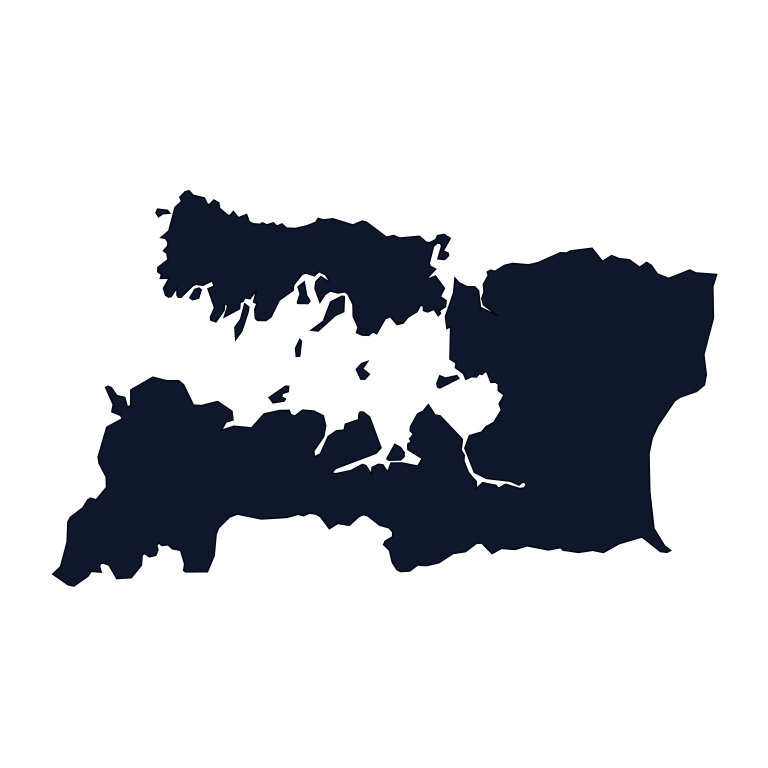 map outline of Los Lagos (Robinson projection), rotated 89°
{"feature_id": "CHL-2704", "entity_name": "Los Lagos", "entity_type": "Region", "adm_level": 1, "iso_a3": "CHL", "parent_name": "Chile", "parent_adm1": "", "projection": "robinson", "projection_center": [-73.115, -42.159], "detail": "fine", "context": "isolated", "style": "filled", "palette": "ink", "viewbox_px": 768, "rotation_deg": 89, "n_neighbors": 0, "source": "natural_earth", "source_scale": "10m", "svg_char_len": 6169}
<svg xmlns="http://www.w3.org/2000/svg" viewBox="0 0 768 768"><g transform="rotate(89 384 384)"><path d="M565.5,353.4L571.4,361.5L571.8,370.7L569.9,374.3L562.3,378.9L550.4,381.4L544.6,387.2L541.1,385.5L536.9,378.0L532.2,377.9L527.9,381.5L525.1,390.8L515.6,402.5L514.2,406.8L516.0,411.3L524.7,421.2L522.6,432.7L527.7,441.2L515.6,449.8L512.7,454.6L511.9,460.9L514.3,466.5L512.8,472.1L515.7,483.4L516.8,509.0L511.5,532.9L514.3,540.7L525.0,551.9L531.4,554.5L552.6,556.8L568.6,563.8L568.4,585.6L566.9,587.6L560.6,586.4L546.7,590.3L545.1,598.4L541.0,602.7L541.6,608.9L538.9,611.9L541.4,614.2L545.9,612.9L551.3,615.2L552.7,621.6L549.4,626.2L550.5,628.8L560.9,629.7L573.2,640.0L573.9,654.6L560.4,662.0L558.1,667.6L558.6,670.5L561.2,671.7L567.2,670.0L566.2,680.1L570.9,683.3L580.6,697.5L579.2,703.4L568.3,718.5L561.1,710.6L536.6,703.6L516.6,702.5L511.8,699.9L502.5,687.2L494.8,682.4L493.0,679.4L494.8,673.8L482.4,663.2L472.0,663.4L458.5,670.2L451.9,671.1L422.3,661.9L414.2,646.1L410.7,648.1L407.0,656.6L399.8,655.1L382.6,662.4L381.3,660.1L382.9,656.6L390.9,651.4L393.0,643.4L402.7,641.0L401.1,637.6L385.5,637.2L373.2,615.0L377.0,601.0L377.1,589.3L381.2,584.4L401.8,574.9L402.4,566.9L398.6,550.6L408.6,536.5L417.3,535.6L419.4,542.8L427.4,547.3L423.6,534.8L425.6,517.2L411.9,504.5L408.7,489.0L408.7,479.3L412.9,477.8L414.6,473.8L408.7,465.9L409.9,454.4L414.7,445.2L424.8,443.0L435.4,445.2L449.8,455.4L455.6,454.8L452.9,448.9L435.6,440.7L430.0,432.5L429.4,424.6L423.5,423.4L419.2,410.0L413.2,409.5L411.5,408.1L411.8,405.1L416.8,398.9L447.8,388.1L453.1,393.2L467.7,434.0L472.0,437.9L472.9,433.8L470.0,418.6L464.1,407.0L465.2,403.6L474.1,397.9L467.2,397.4L464.2,391.1L464.8,386.6L472.2,381.9L463.2,378.4L463.3,367.3L466.7,351.6L459.1,347.1L449.9,361.3L444.5,361.3L442.3,357.5L439.2,359.4L434.6,355.3L431.2,358.6L427.3,358.3L414.4,350.9L411.9,345.5L405.4,340.0L415.8,333.5L416.9,328.3L440.7,306.6L451.6,308.0L456.7,305.0L462.4,305.5L473.8,301.2L483.3,293.4L490.2,293.4L484.4,287.1L487.3,273.9L490.3,271.4L486.4,264.1L490.9,250.3L490.4,246.0L487.8,243.6L485.2,244.3L484.4,247.0L487.4,250.8L483.4,259.3L480.2,283.1L473.9,295.2L449.5,304.3L437.2,299.5L433.7,287.1L428.8,283.1L424.3,274.9L412.1,267.0L405.9,269.2L397.0,264.1L392.6,269.9L386.2,269.7L384.2,272.3L384.2,277.2L374.3,280.7L373.2,282.4L376.2,286.0L375.1,288.4L378.6,291.4L378.2,296.4L380.8,302.1L374.9,304.4L368.9,312.3L364.3,311.6L360.2,317.6L327.6,316.4L329.6,320.1L317.8,321.4L293.9,312.8L279.4,311.2L284.0,307.3L288.1,299.4L288.5,291.4L292.5,287.8L309.1,286.3L317.7,269.0L306.6,283.1L300.3,284.8L293.8,282.4L286.1,282.9L277.2,277.8L273.8,278.8L272.0,275.2L273.3,271.2L267.4,261.2L265.7,253.3L267.4,237.4L265.4,227.9L255.9,205.5L256.2,199.0L254.2,195.2L251.9,173.6L265.2,163.5L259.6,154.2L262.8,146.6L264.0,136.7L271.8,126.3L267.0,119.3L270.0,114.7L278.7,108.8L283.4,97.6L275.4,76.3L278.4,70.2L280.3,49.5L292.1,53.5L323.7,53.5L360.3,63.7L380.5,61.6L390.5,63.7L396.9,71.7L402.5,88.7L406.0,93.7L430.1,110.7L442.7,116.8L458.3,120.3L496.5,120.1L533.3,116.6L550.7,106.3L555.4,100.3L557.2,103.8L556.4,110.4L541.4,128.8L547.8,151.8L556.3,167.5L553.9,178.2L555.8,192.4L553.2,208.0L550.6,210.3L552.8,222.6L548.3,243.6L551.7,255.9L550.4,269.4L555.4,279.0L544.8,288.9L544.8,294.2L553.0,305.3L554.7,317.9L563.7,332.3L566.4,345.0L565.5,353.4ZM197.8,583.1L193.7,584.9L188.3,579.4L187.4,575.4L191.9,571.7L194.9,560.3L201.0,557.6L201.5,555.3L197.1,550.9L200.0,546.0L205.4,545.3L212.6,537.2L212.8,535.0L208.9,531.6L215.2,526.7L212.2,518.4L219.3,516.1L221.5,512.3L222.2,504.9L220.7,502.8L222.9,498.4L220.9,491.8L224.3,488.4L222.2,483.2L226.5,478.7L226.9,469.5L224.5,458.4L221.2,449.5L217.3,447.0L218.9,441.5L217.9,432.4L224.5,412.3L220.7,402.9L222.0,398.6L237.3,378.9L235.7,371.7L238.4,366.0L236.9,346.0L243.0,339.4L243.5,335.9L240.4,329.7L236.6,327.9L235.5,321.4L239.5,315.2L252.0,322.5L254.2,317.6L256.7,317.2L260.6,321.2L259.8,327.9L247.2,324.0L244.4,325.0L243.9,328.3L247.2,332.1L264.2,336.7L267.1,335.8L270.0,330.4L278.1,338.3L279.5,337.4L277.0,330.6L289.4,321.9L297.6,326.2L301.7,320.4L307.7,321.2L311.7,327.4L314.2,326.2L316.7,328.6L310.2,332.7L312.7,339.3L311.2,343.2L306.9,343.2L305.8,346.1L312.3,349.8L317.6,358.8L323.4,363.7L324.8,369.9L316.8,376.5L318.7,381.6L333.6,390.5L331.6,394.1L335.1,398.4L334.7,405.1L332.2,410.6L326.8,408.9L315.9,413.6L304.0,413.6L293.3,418.6L291.1,421.4L292.2,428.2L290.1,436.1L293.4,441.4L301.2,446.6L287.4,451.3L280.7,450.4L275.5,445.2L280.4,437.9L279.5,436.9L273.7,440.6L270.5,447.0L274.6,451.9L271.7,459.9L272.8,463.8L283.4,472.6L288.8,473.2L298.3,487.2L315.0,495.8L318.5,501.0L318.2,509.5L316.0,511.5L307.0,511.9L301.4,509.6L299.8,513.0L287.5,509.6L296.4,516.4L295.4,521.9L298.9,523.3L299.9,526.4L306.3,527.1L314.2,542.6L304.9,539.3L301.8,539.5L301.4,542.0L307.6,542.7L318.9,550.9L317.1,555.9L314.0,556.4L304.8,552.1L285.7,558.3L283.2,552.1L277.9,554.1L282.2,563.4L281.0,570.3L282.3,573.4L293.7,585.4L293.7,588.1L291.7,589.4L284.3,589.4L292.9,595.4L293.3,597.7L291.5,600.8L284.4,602.8L274.5,597.0L274.5,605.8L270.6,604.5L267.8,608.3L263.5,608.0L256.0,597.9L249.7,598.7L247.0,602.1L242.1,597.8L238.2,597.6L234.5,600.0L233.7,604.4L227.2,596.5L203.8,589.9L197.8,583.1ZM329.9,449.0L328.9,455.9L320.2,443.6L301.0,435.9L295.4,424.3L296.1,422.1L311.0,423.0L314.5,431.3L329.9,449.0ZM458.9,382.5L444.5,374.2L447.9,368.5L452.9,365.0L457.2,365.3L460.2,368.8L460.3,380.4L458.9,382.5ZM301.4,521.9L304.7,517.8L309.8,518.7L328.8,525.3L336.8,531.5L324.6,532.1L317.0,526.3L301.4,521.9ZM302.2,458.5L301.9,468.9L300.5,469.1L292.5,466.2L285.4,468.3L280.6,462.0L293.8,459.9L299.9,456.6L302.2,458.5ZM376.7,328.0L379.2,322.5L376.9,311.1L379.7,309.1L388.9,328.2L388.0,330.5L384.1,331.1L376.7,328.0ZM384.8,479.4L389.9,479.9L391.9,486.0L395.3,486.6L397.3,482.8L399.3,484.1L400.9,495.3L395.5,499.1L384.4,482.4L384.8,479.4ZM374.0,398.5L378.9,403.1L378.7,407.1L368.9,411.4L363.1,406.0L361.3,400.0L368.3,405.1L374.0,398.5ZM286.7,565.1L295.0,567.9L296.4,573.8L294.4,576.6L286.1,571.5L284.9,567.2L286.7,565.1ZM339.8,465.8L354.6,467.8L354.9,471.2L346.8,471.8L337.9,467.4L339.8,465.8ZM209.5,595.3L209.8,602.1L212.8,606.5L209.0,609.0L205.2,607.3L206.6,597.3L209.5,595.3Z" fill="#0f172a" stroke="#020617" stroke-width="1.5"/></g></svg>